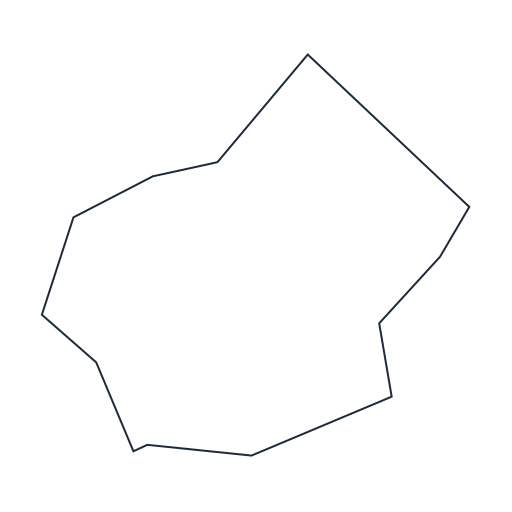 the district of Kokand city, Ferghana, Uzbekistan, rotated 185°
{"feature_id": "79887680B18672713259949", "entity_name": "Kokand city", "entity_type": "district", "adm_level": 2, "iso_a3": "UZB", "parent_name": "Uzbekistan", "parent_adm1": "Ferghana", "projection": "robinson", "projection_center": [70.933, 40.526], "detail": "fine", "context": "isolated", "style": "outline", "palette": "slate", "viewbox_px": 512, "rotation_deg": 185, "n_neighbors": 0, "source": "geoboundaries", "source_scale": "gbopen_adm2", "svg_char_len": 329}
<svg xmlns="http://www.w3.org/2000/svg" viewBox="0 0 512 512"><g transform="rotate(185 256 256)"><path d="M441.2,278.6L464.2,178.8L405.9,136.1L361.1,50.8L347.9,58.4L243.1,56.8L108.6,127.7L127.4,199.7L72.6,271.3L47.8,323.5L222.0,461.2L302.6,346.1L365.7,326.4L441.2,278.6Z" fill="none" stroke="#1e293b" stroke-width="2"/></g></svg>